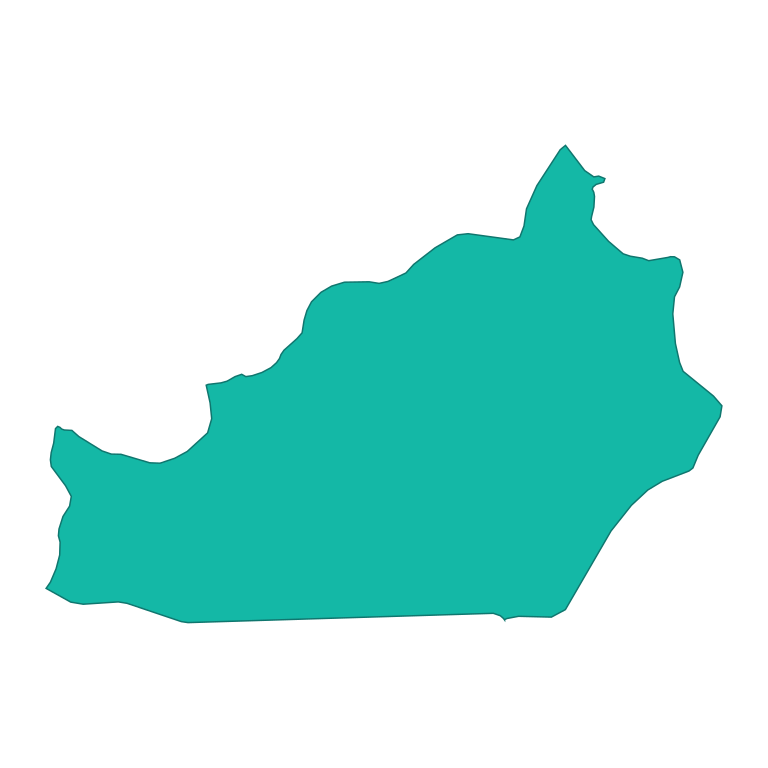 map outline of Semnan (Natural Earth projection)
{"feature_id": "IRN-3215", "entity_name": "Semnan", "entity_type": "Province", "adm_level": 1, "iso_a3": "IRN", "parent_name": "Iran", "parent_adm1": "", "projection": "natural_earth1", "projection_center": [54.411, 35.84], "detail": "fine", "context": "isolated", "style": "filled", "palette": "teal", "viewbox_px": 768, "rotation_deg": 0, "n_neighbors": 0, "source": "natural_earth", "source_scale": "10m", "svg_char_len": 1620}
<svg xmlns="http://www.w3.org/2000/svg" viewBox="0 0 768 768"><path d="M245.8,376.6L252.2,375.7L261.9,372.5L270.9,367.7L276.5,362.7L279.5,358.5L281.0,354.5L284.0,350.2L297.0,338.6L302.1,332.8L304.1,320.1L306.9,310.6L311.5,301.8L321.0,292.3L331.6,286.1L344.4,282.2L369.2,281.8L379.1,283.4L388.0,281.4L405.9,273.0L413.7,264.4L435.2,247.7L457.3,234.9L468.1,233.7L513.4,239.9L519.9,236.9L524.0,226.0L526.5,208.8L536.9,185.6L560.3,149.6L565.5,145.4L584.7,170.6L593.8,176.9L598.7,176.1L604.9,178.6L603.6,182.2L596.2,184.4L593.0,187.0L592.2,189.3L593.0,190.6L593.8,192.3L594.5,196.4L593.9,207.1L591.6,216.5L591.1,219.7L593.5,224.6L608.6,241.4L623.1,253.8L630.3,256.2L642.3,258.2L648.7,260.7L668.0,257.4L670.5,256.7L674.5,256.8L679.7,259.9L682.9,272.3L679.6,287.0L674.5,296.8L672.8,313.9L675.4,343.5L679.6,362.5L683.1,371.3L713.5,396.1L721.9,405.8L720.1,416.8L698.2,455.2L692.9,468.0L689.0,471.0L662.2,481.3L647.8,490.0L631.4,505.3L611.0,531.0L565.4,609.6L551.4,617.1L518.6,616.3L506.9,618.5L504.6,619.6L504.6,620.0L503.4,618.4L500.3,615.7L493.3,613.3L188.0,622.6L181.3,621.6L127.0,603.3L118.3,601.9L83.2,604.2L70.7,602.1L46.1,588.4L50.4,582.2L56.1,568.8L59.7,555.0L60.1,542.1L58.4,535.8L59.0,529.0L63.0,516.4L69.6,506.1L71.3,496.4L65.6,485.8L51.3,466.5L50.4,459.8L51.2,452.6L53.7,443.1L55.5,428.6L57.7,426.4L60.0,427.4L61.6,429.0L64.3,430.0L71.9,430.4L78.9,436.6L102.0,450.9L111.3,454.1L121.0,454.3L149.7,462.8L160.0,463.2L174.6,458.3L187.2,451.5L207.6,432.9L211.7,418.7L210.1,402.9L206.2,385.2L208.1,384.4L220.9,382.9L227.0,381.2L235.1,376.6L241.7,374.3L245.8,376.6Z" fill="#14b8a6" stroke="#0f766e" stroke-width="1.5"/></svg>